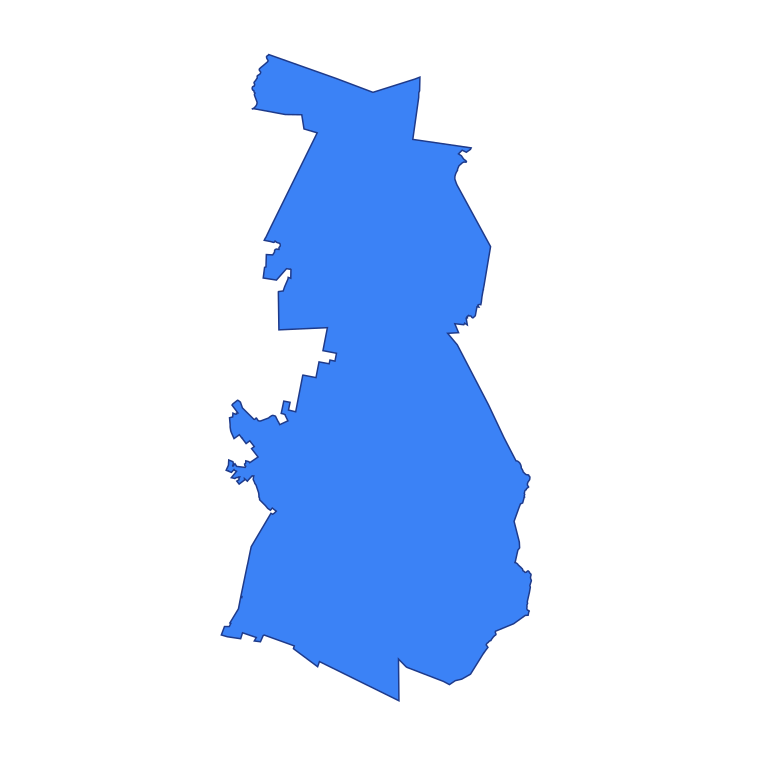 Agualeguas, Nuevo León, Mexico, rotated 281°
{"feature_id": "50627088B6039535347696", "entity_name": "Agualeguas", "entity_type": "district", "adm_level": 2, "iso_a3": "MEX", "parent_name": "Mexico", "parent_adm1": "Nuevo León", "projection": "mercator", "projection_center": [-99.676, 26.298], "detail": "fine", "context": "isolated", "style": "filled", "palette": "blue", "viewbox_px": 768, "rotation_deg": 281, "n_neighbors": 0, "source": "geoboundaries", "source_scale": "gbopen_adm2", "svg_char_len": 6132}
<svg xmlns="http://www.w3.org/2000/svg" viewBox="0 0 768 768"><g transform="rotate(281 384 384)"><path d="M685.4,208.0L684.7,207.7L684.0,206.8L682.9,206.2L681.9,206.5L681.2,206.9L679.6,208.3L679.1,208.6L678.0,208.2L673.7,204.8L671.3,202.8L669.6,201.6L669.1,201.5L668.4,201.7L668.0,201.9L666.9,203.3L666.2,203.5L665.5,203.4L664.5,203.0L662.5,200.9L661.6,200.8L660.1,201.2L659.8,201.1L659.4,200.8L657.4,200.0L655.8,199.1L655.2,198.9L654.7,199.0L654.2,199.3L653.7,199.8L652.7,199.9L652.4,199.7L651.9,199.8L651.6,199.7L651.0,198.6L650.7,198.3L650.0,198.1L648.8,198.2L647.9,198.7L647.4,199.2L647.2,200.2L645.8,200.8L645.5,201.1L645.1,201.8L644.8,201.9L644.0,201.5L643.6,201.5L643.1,201.6L641.5,202.5L636.8,205.4L635.8,205.8L633.9,205.7L632.7,205.3L630.4,204.0L629.0,202.3L628.9,202.4L629.2,202.8L629.3,203.5L629.3,203.8L629.5,204.2L629.4,204.5L629.7,235.7L632.6,251.9L619.1,256.8L617.8,270.5L516.0,242.8L505.2,240.0L504.5,239.6L502.2,239.0L502.2,245.3L501.9,248.5L502.0,248.9L502.4,249.3L502.8,249.6L503.5,249.7L503.5,250.0L502.6,251.5L502.4,252.6L502.2,254.5L502.0,254.9L501.5,255.3L500.1,255.8L499.3,255.7L498.2,255.0L497.6,254.9L496.1,255.2L495.9,253.7L496.1,253.2L495.7,252.2L495.2,251.5L495.0,251.4L493.8,251.1L492.7,251.4L489.5,250.1L488.6,243.8L476.4,245.8L475.7,244.5L465.0,245.2L465.5,258.6L478.6,266.3L478.7,269.5L479.0,270.0L478.7,270.8L470.0,272.3L470.4,269.6L468.7,269.7L460.5,267.9L456.1,267.3L454.6,262.8L454.3,262.7L417.1,270.5L428.5,317.7L405.1,317.7L405.1,331.5L397.1,331.5L397.2,326.4L393.5,326.3L393.4,326.3L393.3,316.0L377.3,316.0L377.3,302.8L377.2,302.6L339.9,302.6L340.2,295.2L348.1,295.3L348.1,288.9L335.5,288.7L335.4,291.3L335.2,291.8L335.0,292.8L334.3,293.1L329.5,296.7L324.2,289.4L326.7,287.6L326.8,287.3L331.7,283.6L331.9,282.4L332.0,281.2L331.9,280.5L331.3,279.6L329.6,277.9L328.7,277.3L324.4,270.3L323.9,269.2L324.0,267.5L326.2,265.3L326.2,265.0L326.0,264.8L324.6,263.8L324.5,263.0L333.5,249.6L338.8,246.5L340.0,244.2L340.1,243.3L335.6,239.4L334.3,238.8L327.7,246.1L327.2,244.7L326.4,245.0L326.0,243.9L326.6,241.3L322.8,241.7L321.4,238.8L314.8,240.7L312.3,241.2L308.7,242.5L306.9,243.6L301.8,247.2L306.6,251.7L303.6,255.0L303.8,255.3L303.2,255.6L299.2,260.0L302.6,263.1L297.8,268.6L295.3,266.3L288.3,274.3L281.1,267.2L282.0,266.2L282.2,263.0L279.8,263.3L278.8,262.4L277.4,263.0L277.0,263.6L276.9,263.9L276.6,263.8L276.2,263.8L275.6,263.6L275.0,255.0L276.2,254.0L277.3,252.9L274.6,251.5L274.6,251.1L274.8,251.0L277.0,251.4L278.9,250.5L279.8,246.1L274.6,246.8L269.2,245.5L268.8,247.6L269.1,247.8L269.0,248.1L268.6,248.5L268.1,251.1L271.4,253.1L270.7,253.8L270.2,255.9L262.9,252.0L262.8,255.0L262.7,255.6L264.0,256.9L264.0,257.6L264.1,257.8L265.1,259.2L265.1,259.6L265.2,260.1L264.4,259.8L263.4,259.6L262.3,259.9L260.6,258.0L258.1,260.9L263.1,265.4L263.4,265.5L263.8,265.3L264.5,265.1L262.5,268.4L264.0,269.2L268.2,271.8L268.3,272.0L268.7,272.1L268.9,273.7L268.2,273.6L267.4,273.7L265.3,273.8L263.0,275.5L261.7,276.2L260.3,277.7L254.3,281.1L253.2,281.7L251.1,282.4L249.2,282.8L248.2,283.6L246.6,284.0L242.0,290.8L239.7,293.6L238.4,296.6L240.9,298.0L238.6,302.5L236.2,300.9L234.9,299.5L235.5,297.7L199.0,284.7L193.6,284.6L181.2,284.5L179.8,284.4L148.3,284.0L148.3,285.1L147.2,285.1L147.3,284.0L135.5,284.0L120.3,278.4L120.0,278.3L119.8,279.3L116.4,278.4L115.5,273.7L106.6,272.2L106.0,278.4L106.6,291.9L112.8,292.6L110.8,307.0L107.0,305.7L107.4,311.9L114.0,313.4L114.7,314.3L109.8,345.9L106.9,345.6L93.8,372.8L99.2,373.6L75.9,459.1L116.8,450.7L110.7,459.5L110.2,460.7L103.4,499.1L101.4,505.6L106.4,510.6L109.1,516.6L115.7,524.3L139.0,533.2L138.9,533.3L141.9,534.6L145.3,536.3L147.4,534.1L147.9,534.1L148.4,534.3L149.6,534.9L150.1,535.6L151.2,536.1L151.9,536.7L152.2,537.0L152.3,537.5L152.6,537.9L153.7,538.2L156.4,539.5L158.2,540.7L158.7,541.3L159.1,541.6L159.6,541.7L160.1,541.5L161.5,540.6L162.6,540.6L173.4,557.0L183.8,566.8L184.5,569.6L187.9,569.6L188.8,569.9L189.1,569.6L189.3,569.0L189.4,568.1L189.8,567.6L190.8,567.0L192.5,566.9L193.3,566.7L194.0,566.5L194.7,566.5L195.8,566.8L196.2,566.8L197.1,566.3L197.8,566.2L207.2,566.5L212.6,566.4L213.5,565.8L213.9,565.6L218.9,566.2L219.6,566.0L220.6,565.2L222.2,564.7L223.6,564.7L224.5,564.8L225.2,564.6L225.5,564.4L225.8,563.8L226.5,562.9L227.2,562.5L227.3,562.1L227.6,561.9L228.0,561.3L228.0,561.0L227.7,560.5L226.4,559.6L226.1,558.9L226.0,558.3L226.8,557.2L227.3,555.9L228.4,555.5L229.0,555.0L229.7,553.9L230.2,553.3L230.8,552.2L232.0,550.3L232.7,549.6L233.2,548.8L233.3,548.4L233.7,547.5L233.7,546.6L234.9,546.8L246.4,547.1L249.0,548.4L254.7,547.0L274.0,537.9L288.4,540.1L292.3,540.8L293.7,542.8L298.9,543.2L299.4,543.1L299.8,543.6L300.5,543.2L301.1,543.0L302.3,543.2L302.9,542.9L303.2,542.6L305.9,542.6L306.7,543.0L307.4,543.8L308.5,543.9L308.7,544.1L310.4,545.6L311.0,545.3L311.4,544.7L311.9,544.2L312.5,544.0L313.4,543.8L315.1,544.0L317.8,545.2L318.4,545.2L320.0,545.1L320.8,544.8L321.3,544.3L321.6,543.5L321.9,543.3L322.3,543.2L322.2,541.0L322.3,540.4L322.6,540.0L322.9,539.4L323.5,538.5L323.9,538.1L324.2,537.4L325.5,536.8L325.9,536.4L326.6,536.0L327.2,535.2L327.8,534.8L328.2,534.6L328.7,534.6L329.6,534.2L330.6,533.7L332.2,532.5L333.0,531.4L333.6,530.2L333.8,529.6L333.8,528.2L348.9,516.2L354.5,511.8L383.4,490.6L436.4,448.5L445.9,436.8L448.6,447.4L456.7,442.0L457.4,451.0L457.7,451.2L459.1,451.5L457.9,454.5L464.2,452.1L464.8,453.3L465.1,453.2L465.3,452.5L466.1,452.7L466.7,453.5L467.3,453.7L467.5,454.0L467.1,454.6L467.3,455.5L467.3,456.4L466.3,457.4L465.9,458.2L465.9,458.7L467.9,460.3L468.8,460.6L477.5,460.5L477.6,462.4L479.2,461.0L480.2,462.1L480.3,463.9L483.1,463.9L488.4,463.5L495.0,463.4L495.4,463.6L495.6,463.4L499.7,463.4L539.2,462.4L593.3,417.7L595.1,416.5L598.6,414.5L599.3,414.3L601.3,414.0L603.8,414.2L605.6,414.6L607.8,415.4L608.0,415.4L608.3,415.3L608.8,415.2L610.5,415.5L612.6,416.0L616.2,418.8L617.1,420.0L617.4,422.2L617.6,422.4L618.0,422.5L618.2,422.4L618.9,421.6L619.6,419.9L620.3,418.9L622.8,416.4L624.1,413.2L628.4,416.1L627.2,420.6L630.8,424.1L632.4,424.5L629.6,365.6L671.8,363.4L676.6,362.6L678.6,363.0L692.1,360.7L689.2,356.1L668.2,317.5L674.8,278.8L685.4,208.0Z" fill="#3b82f6" stroke="#1e3a8a" stroke-width="1.5"/></g></svg>